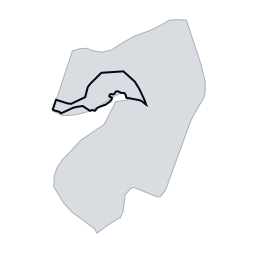 location of Arta within Djibouti, rotated 166°
{"feature_id": "DJI-1568", "entity_name": "Arta", "entity_type": "Region", "adm_level": 1, "iso_a3": "DJI", "parent_name": "Djibouti", "parent_adm1": "", "projection": "mercator", "projection_center": [42.782, 11.46], "detail": "fine", "context": "in_parent", "style": "outline", "palette": "ink", "viewbox_px": 256, "rotation_deg": 166, "n_neighbors": 0, "source": "natural_earth", "source_scale": "10m", "svg_char_len": 1502}
<svg xmlns="http://www.w3.org/2000/svg" viewBox="0 0 256 256"><g transform="rotate(166 128 128)"><path d="M197.0,162.9L187.9,177.3L176.3,195.6L163.2,216.4L154.9,216.5L148.5,215.3L144.1,211.8L135.1,207.9L124.9,207.7L115.2,211.3L98.8,215.8L83.9,217.2L71.9,219.7L62.0,222.6L53.1,221.0L45.3,218.4L43.6,196.3L41.8,172.2L42.0,153.4L44.8,143.0L47.2,139.0L61.2,124.6L66.1,118.8L82.1,95.0L95.9,74.6L106.1,59.4L109.3,56.4L113.6,53.5L116.7,54.3L136.7,69.0L140.2,68.6L146.9,64.1L152.9,48.3L157.2,42.6L159.0,42.8L171.8,38.4L183.5,33.4L185.0,38.6L202.5,59.7L208.3,70.1L214.2,89.0L211.1,99.6L206.5,106.5L199.8,112.7L176.3,127.7L150.2,137.3L133.5,156.5L121.1,155.2L123.0,162.4L127.6,163.2L134.9,161.9L149.2,156.3L162.0,153.6L175.7,153.4L188.2,155.8L197.0,162.9Z" fill="#d9dde1" stroke="#a8b0b8" stroke-width="1"/><path d="M196.5,164.2L191.0,172.8L180.7,166.5L177.4,165.2L162.1,168.3L157.1,177.5L153.8,180.1L140.5,188.0L118.8,184.1L110.2,171.4L107.5,162.9L105.2,150.9L104.8,146.4L108.5,151.0L110.1,152.2L122.3,157.8L122.3,160.4L122.9,162.6L126.4,163.9L128.5,165.8L129.7,166.3L131.2,166.1L132.9,164.5L134.0,164.2L134.9,164.4L135.9,164.9L136.9,165.1L137.9,164.6L138.5,163.2L137.8,162.4L136.7,161.8L136.2,161.2L137.1,159.5L139.2,158.0L144.0,156.1L151.1,155.3L153.3,154.7L154.4,153.9L155.3,153.0L156.1,152.7L157.3,153.5L158.2,154.0L160.8,153.9L161.0,154.2L166.7,160.3L172.7,160.9L176.5,160.9L189.0,158.5L189.4,158.4L190.5,160.1L191.7,160.9L195.0,162.7L196.5,164.2Z" fill="none" stroke="#020617" stroke-width="2"/></g></svg>